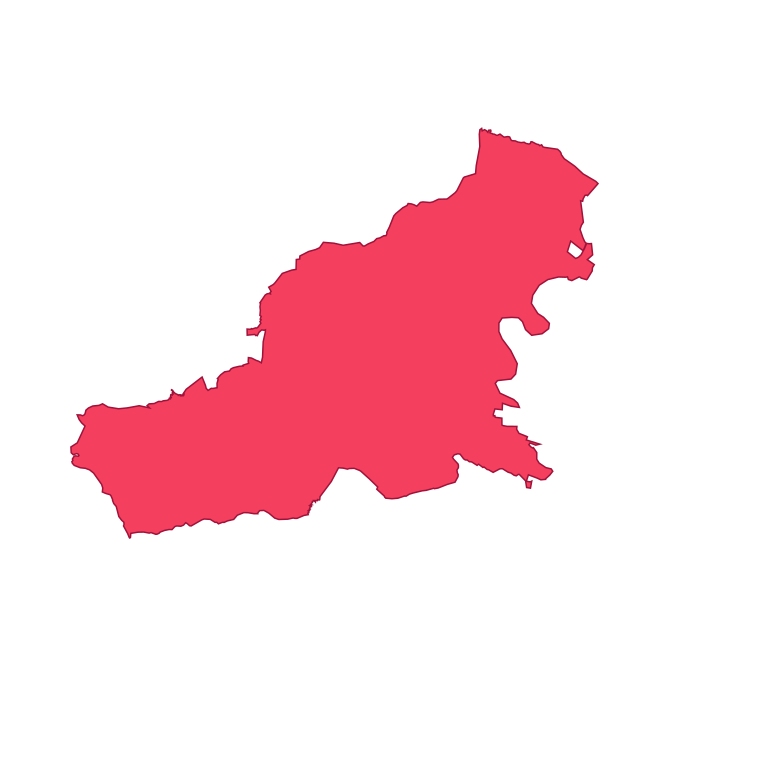 Miraslau, Alba, Romania, rotated 319°
{"feature_id": "2599482B57735842574948", "entity_name": "Miraslau", "entity_type": "district", "adm_level": 2, "iso_a3": "ROU", "parent_name": "Romania", "parent_adm1": "Alba", "projection": "orthographic", "projection_center": [23.674, 46.374], "detail": "fine", "context": "isolated", "style": "filled", "palette": "rose", "viewbox_px": 768, "rotation_deg": 319, "n_neighbors": 0, "source": "geoboundaries", "source_scale": "gbopen_adm2", "svg_char_len": 6143}
<svg xmlns="http://www.w3.org/2000/svg" viewBox="0 0 768 768"><g transform="rotate(319 384 384)"><path d="M548.2,438.3L546.3,431.8L548.1,419.9L554.5,414.6L566.0,411.3L576.2,412.7L585.9,417.7L591.3,422.7L592.8,423.5L591.7,426.1L593.6,429.2L601.5,431.2L602.0,431.8L602.3,433.5L605.3,438.1L606.1,438.2L615.3,435.3L617.6,433.0L621.0,431.9L619.0,423.5L626.2,423.4L632.7,414.1L630.8,412.7L629.2,410.8L624.1,413.3L617.5,415.8L613.9,415.9L611.0,415.0L609.1,404.5L618.7,398.6L621.7,414.0L625.4,412.4L629.0,410.3L628.8,408.4L630.1,404.1L633.4,395.9L637.2,393.7L640.6,392.7L652.6,374.7L653.8,376.4L655.8,374.9L659.5,373.5L661.0,374.5L661.2,375.4L677.0,373.2L676.8,370.0L672.1,356.1L670.9,345.0L667.8,332.2L668.3,327.3L669.1,325.8L669.4,323.7L669.0,320.7L660.2,310.5L659.5,309.4L659.9,306.9L657.9,306.2L657.8,304.7L656.6,303.2L654.6,298.2L653.6,297.6L652.3,298.5L650.8,298.0L648.9,295.4L648.4,293.5L645.9,291.8L643.8,289.2L642.6,286.7L640.2,284.3L640.0,283.1L640.9,280.0L639.8,278.5L636.9,276.7L636.4,275.9L635.5,271.5L632.7,270.7L632.1,270.1L631.2,267.9L629.9,266.4L629.9,265.7L628.8,264.3L629.1,263.4L630.7,263.3L631.1,262.3L629.4,261.1L627.5,262.2L627.4,259.6L626.7,258.0L624.2,257.4L625.4,255.2L623.2,255.0L619.8,258.0L612.1,267.6L597.0,279.6L591.1,285.3L580.4,280.5L579.1,280.5L565.8,285.9L563.3,286.3L554.5,285.9L552.7,285.6L546.4,280.3L540.3,278.6L537.8,277.2L532.8,272.1L530.6,270.8L525.4,271.3L524.3,268.5L522.8,266.0L520.6,263.6L518.5,264.4L513.9,263.3L504.8,263.1L501.6,263.6L491.2,269.0L485.6,271.3L484.9,272.4L482.9,273.4L481.1,272.0L476.7,271.0L473.9,269.5L469.9,269.8L464.1,267.9L459.8,267.1L458.7,266.0L458.5,261.3L444.2,252.5L438.6,244.9L431.2,237.3L424.8,238.9L420.4,237.6L414.2,234.6L404.5,232.2L402.3,234.4L399.5,232.5L392.8,239.8L389.1,237.5L379.8,233.8L368.3,236.1L365.8,236.3L360.5,235.3L359.5,240.2L358.1,240.2L357.4,241.5L356.6,240.2L354.8,239.2L352.7,238.9L343.6,241.3L343.8,242.0L341.0,244.4L339.1,247.2L335.3,250.9L335.7,252.4L333.1,253.8L333.4,254.9L331.3,255.5L331.0,257.3L326.1,258.4L324.7,258.3L323.9,257.4L320.4,255.9L320.4,255.3L318.9,254.9L316.7,252.7L312.8,257.4L318.9,261.8L319.1,263.5L320.3,263.8L320.3,264.3L323.5,263.0L327.1,262.9L328.8,264.8L330.1,265.3L328.4,267.0L320.6,272.8L309.9,284.1L305.3,287.5L304.3,284.5L303.0,282.3L301.1,277.6L299.0,275.1L296.2,278.0L295.4,279.6L290.0,277.3L289.6,277.3L289.4,277.9L286.4,275.7L281.1,272.9L278.6,272.2L275.9,272.8L271.6,270.2L266.7,269.9L261.8,270.6L262.0,271.6L258.5,273.9L255.6,277.3L252.1,275.2L250.7,273.9L247.0,273.4L247.0,270.5L248.3,268.0L251.3,259.4L231.2,258.2L226.4,259.5L226.7,260.1L226.3,260.5L226.1,259.7L225.6,259.8L225.3,260.7L224.6,260.2L224.5,260.9L222.6,259.4L222.9,259.0L223.3,259.4L223.6,258.9L222.2,257.7L221.4,257.6L221.6,257.2L220.3,254.4L220.0,252.3L220.3,250.0L220.0,249.0L219.6,249.1L219.7,250.7L219.2,252.2L218.9,252.3L218.7,251.1L218.2,253.2L217.5,252.8L216.9,253.3L216.6,252.3L216.1,252.2L214.5,253.5L214.7,254.6L214.4,254.8L213.0,254.0L212.8,254.6L212.5,254.1L211.0,254.5L209.5,254.0L206.3,251.8L204.8,251.4L202.5,249.3L197.8,248.0L193.7,244.9L191.0,244.9L191.3,248.1L185.0,239.8L174.4,233.5L167.5,228.6L160.7,220.5L158.6,214.3L155.0,213.2L149.7,209.5L145.2,208.2L141.9,208.2L138.7,210.4L136.9,210.6L135.6,210.1L134.7,208.3L132.2,206.0L130.6,210.9L130.3,215.0L130.8,219.6L113.9,227.2L106.4,226.1L102.8,230.7L103.1,233.5L106.4,234.9L106.9,235.7L107.2,236.5L106.8,237.9L105.9,238.0L103.9,235.7L102.8,235.2L99.6,236.2L99.0,237.6L97.5,237.8L96.8,239.3L96.8,242.2L99.8,247.9L103.3,251.7L105.5,255.7L106.4,260.7L105.0,274.5L103.5,278.0L100.6,280.7L102.1,283.9L104.6,287.8L104.6,289.3L103.4,293.0L102.7,293.9L101.6,297.0L101.6,300.7L96.9,310.1L96.6,314.8L97.0,317.6L95.7,319.4L94.3,320.2L92.4,328.7L91.0,332.8L91.1,333.5L92.1,333.4L94.9,330.6L101.2,334.5L105.4,338.0L109.0,342.5L110.7,343.3L113.1,347.6L114.1,348.4L116.3,349.1L117.9,348.9L122.4,350.6L126.3,352.8L128.5,354.8L132.6,354.4L134.4,355.1L137.4,358.1L140.2,359.0L143.3,358.6L143.9,360.3L144.3,363.4L145.3,364.6L157.4,367.0L159.7,367.9L164.1,372.2L165.7,377.5L167.1,378.8L167.3,380.9L171.3,382.4L172.6,383.6L176.0,384.6L181.7,387.6L187.2,386.8L193.8,389.1L197.0,392.0L200.7,396.5L203.7,399.1L204.1,398.5L207.1,398.0L210.5,400.7L212.4,406.1L213.5,413.4L215.7,417.2L222.7,422.9L227.6,425.6L228.6,427.0L230.3,428.4L237.4,430.7L241.1,432.9L241.6,431.7L242.8,431.8L242.8,430.9L244.5,430.7L244.0,429.9L246.2,430.0L246.0,429.3L247.6,428.4L248.3,428.7L248.1,427.3L249.0,428.0L249.0,427.2L250.2,427.8L249.8,426.9L252.8,426.2L252.9,425.7L254.7,426.1L254.8,428.1L255.2,427.7L255.0,426.3L257.2,428.3L258.0,427.6L258.9,429.0L259.5,429.2L261.9,427.0L280.3,423.0L294.7,417.4L298.0,420.7L300.6,424.3L302.2,424.9L306.2,428.1L308.7,432.9L309.3,434.5L310.7,446.0L311.7,457.6L309.5,458.7L310.7,468.6L310.3,469.9L310.4,471.3L314.7,475.8L319.5,479.3L325.9,482.0L327.2,483.2L330.9,483.8L334.5,485.4L342.8,489.7L346.0,491.9L353.1,495.3L353.4,496.1L356.6,498.0L365.9,501.3L373.2,504.7L379.0,502.5L380.5,501.1L381.1,499.1L382.6,496.8L385.2,496.0L386.6,494.5L387.4,493.0L387.2,486.4L387.6,484.2L390.5,483.6L394.0,485.1L395.4,486.9L395.0,492.7L395.5,494.6L396.9,496.0L397.4,498.6L399.0,500.2L400.9,506.5L402.8,506.6L403.9,511.9L405.0,512.2L405.8,516.3L406.6,517.2L408.4,522.3L415.7,524.0L417.8,525.6L419.8,532.0L421.4,534.5L422.3,538.2L423.6,540.1L425.9,540.3L426.8,541.0L427.3,550.0L423.7,555.7L426.2,558.7L431.8,554.2L430.2,553.8L427.6,550.8L433.4,547.3L437.8,555.4L439.5,559.2L443.4,562.0L443.7,561.6L449.4,561.5L454.1,560.6L454.5,557.8L451.3,553.3L449.2,545.5L449.9,541.0L454.3,536.0L455.0,530.2L454.4,530.2L453.6,527.9L453.5,524.8L455.5,524.3L458.4,529.7L462.2,531.7L454.7,519.6L457.6,517.9L453.5,509.8L454.4,505.2L456.5,503.2L449.2,496.8L446.6,493.6L446.1,492.3L450.6,487.1L446.1,482.1L446.9,480.6L445.7,479.8L446.7,478.5L451.4,475.6L456.3,481.0L460.8,476.3L465.3,484.1L470.8,490.5L472.3,486.1L471.7,480.8L465.5,467.0L468.4,456.5L471.9,455.9L483.1,463.6L489.8,462.9L497.9,456.1L501.6,441.9L502.7,427.5L505.1,419.8L510.7,413.4L516.5,411.7L524.2,417.6L528.9,422.2L529.4,427.8L526.5,435.8L527.4,444.1L536.3,449.8L544.5,450.3L548.6,446.7L548.2,438.3Z" fill="#f43f5e" stroke="#9f1239" stroke-width="1.5"/></g></svg>